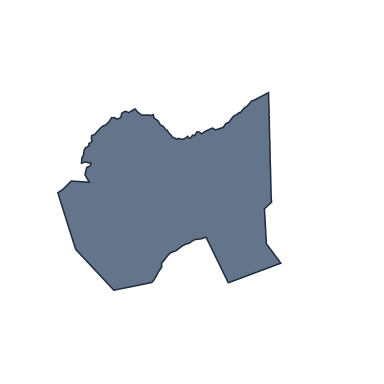 Takhtakupir, Karakalpakstan, Uzbekistan, rotated 38°
{"feature_id": "79887680B8081809775743", "entity_name": "Takhtakupir", "entity_type": "district", "adm_level": 2, "iso_a3": "UZB", "parent_name": "Uzbekistan", "parent_adm1": "Karakalpakstan", "projection": "orthographic", "projection_center": [60.944, 43.185], "detail": "fine", "context": "isolated", "style": "filled", "palette": "slate", "viewbox_px": 384, "rotation_deg": 38, "n_neighbors": 0, "source": "geoboundaries", "source_scale": "gbopen_adm2", "svg_char_len": 1629}
<svg xmlns="http://www.w3.org/2000/svg" viewBox="0 0 384 384"><g transform="rotate(38 192 192)"><path d="M135.6,308.8L190.9,317.5L216.0,288.1L216.2,285.0L215.6,279.9L214.7,275.5L214.4,269.8L211.8,266.8L212.1,264.9L212.0,256.9L212.5,252.9L215.5,248.4L216.7,243.9L217.8,239.9L219.2,236.9L221.0,234.6L223.1,228.6L224.9,226.4L228.3,223.0L230.8,218.9L276.5,241.2L305.8,193.4L282.5,187.0L259.4,160.6L261.0,150.9L260.6,150.6L259.6,149.5L258.3,148.2L244.4,131.3L240.3,126.3L232.1,116.4L229.3,112.9L223.9,106.4L223.1,105.2L220.8,102.7L214.9,95.5L211.3,91.1L211.3,90.8L210.3,89.9L209.9,89.2L206.0,84.6L204.7,83.4L204.1,82.1L196.9,73.6L195.5,71.9L191.1,66.5L184.7,80.7L182.9,83.7L182.5,91.3L181.5,92.8L181.3,99.6L180.2,100.4L179.6,103.1L178.0,107.0L178.1,114.5L176.5,117.2L176.8,121.9L172.3,128.6L168.7,129.0L165.2,135.7L163.8,140.3L160.9,140.2L158.8,141.6L159.3,144.7L159.2,146.1L157.5,146.8L157.6,150.4L156.6,151.5L154.4,150.7L153.3,154.6L151.6,156.7L148.6,157.9L147.1,160.0L144.2,160.3L142.3,160.9L140.4,160.0L137.2,159.8L134.6,158.6L133.0,159.2L129.0,157.9L125.8,158.6L121.4,156.8L116.4,157.0L113.8,154.9L112.8,156.9L111.0,157.6L104.9,162.4L99.9,162.4L95.9,161.6L94.6,164.8L93.2,168.5L90.1,169.2L88.8,171.2L88.2,173.3L90.0,177.2L88.0,180.9L85.3,181.0L82.8,183.0L83.4,187.0L82.7,192.6L81.5,194.0L80.6,196.9L80.0,203.5L79.9,206.6L78.2,209.3L79.6,211.8L82.2,213.5L80.9,217.5L82.4,218.9L80.8,223.0L81.3,225.6L83.6,229.5L84.3,233.1L87.2,237.4L89.4,234.0L92.9,232.6L94.1,231.4L95.2,232.0L95.5,234.7L93.9,237.5L97.0,244.3L105.1,247.5L90.1,257.7L88.6,269.6L86.7,275.2L135.6,308.8Z" fill="#64748b" stroke="#1e293b" stroke-width="1.5"/></g></svg>